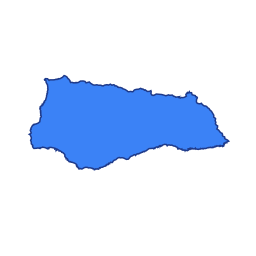 Sao Joao Baptista, Porto Novo, Cabo Verde (orthographic projection), rotated 26°
{"feature_id": "66160863B46579427106888", "entity_name": "Sao Joao Baptista", "entity_type": "district", "adm_level": 2, "iso_a3": "CPV", "parent_name": "Cabo Verde", "parent_adm1": "Porto Novo", "projection": "orthographic", "projection_center": [-25.144, 17.011], "detail": "fine", "context": "isolated", "style": "filled", "palette": "blue", "viewbox_px": 256, "rotation_deg": 26, "n_neighbors": 0, "source": "geoboundaries", "source_scale": "gbopen_adm2", "svg_char_len": 5856}
<svg xmlns="http://www.w3.org/2000/svg" viewBox="0 0 256 256"><g transform="rotate(26 128 128)"><path d="M171.1,70.0L169.6,68.4L168.0,69.2L167.2,68.5L167.0,69.9L166.3,70.1L166.2,70.5L165.8,70.2L165.4,71.9L165.4,72.7L166.5,73.8L165.3,75.6L164.0,76.7L162.7,77.1L161.8,78.2L160.8,78.1L160.2,78.4L160.0,78.0L160.2,77.5L157.4,79.4L156.7,79.2L155.2,79.3L155.1,79.5L153.4,79.0L151.0,80.4L150.0,80.4L147.9,82.4L143.7,83.1L138.5,85.1L136.9,87.4L136.1,87.5L136.0,87.8L134.9,87.9L133.4,86.9L133.0,85.3L132.2,84.4L131.2,85.7L129.3,86.7L127.3,86.3L126.7,86.6L126.5,86.3L126.0,86.7L124.2,86.4L123.5,86.9L122.0,86.8L120.1,88.9L119.3,89.1L117.5,90.5L116.9,91.5L116.6,93.0L116.1,93.5L114.3,94.0L112.8,95.1L111.6,95.3L111.1,95.0L108.6,94.7L106.0,95.0L105.6,94.7L103.4,94.9L101.7,95.7L101.0,95.8L100.8,95.4L98.9,95.3L97.8,95.9L97.5,95.5L96.7,95.3L95.8,95.6L94.8,96.6L93.0,96.3L91.6,98.0L90.1,98.3L88.1,99.8L87.2,101.1L85.7,101.5L84.9,101.4L82.8,102.5L81.1,102.8L79.2,104.1L77.8,104.5L74.7,104.2L73.1,103.6L70.5,105.8L69.0,105.0L67.1,105.4L64.7,106.7L63.5,108.7L62.0,109.9L61.3,109.8L60.7,110.7L59.5,111.0L59.1,111.4L57.6,111.5L56.5,112.3L55.5,111.6L55.2,111.0L53.0,109.9L52.4,110.0L51.0,109.0L49.1,108.7L47.6,108.9L46.8,111.4L46.1,112.1L45.7,113.0L44.4,114.1L44.0,114.1L43.8,114.7L42.9,115.0L42.9,115.5L41.6,116.0L41.3,116.5L39.9,117.4L36.5,119.1L36.2,119.8L34.1,119.0L32.2,119.8L31.7,121.0L32.1,121.5L32.8,121.1L33.4,121.4L34.5,123.0L36.2,124.2L36.5,124.2L38.6,127.4L38.6,128.0L39.2,128.4L39.6,130.8L40.3,131.6L40.0,132.4L40.5,132.8L40.5,134.2L41.1,135.6L41.7,139.4L41.1,140.4L41.2,142.1L41.5,142.1L41.0,143.1L41.2,143.7L41.0,143.9L40.6,143.5L41.2,144.2L40.5,144.4L41.0,145.6L40.4,146.0L39.8,147.6L40.4,148.0L40.2,148.7L40.7,148.8L40.6,149.6L42.1,150.9L42.2,151.9L42.7,152.0L42.9,153.0L43.6,153.6L43.9,154.9L44.6,155.1L45.1,155.9L44.8,157.3L46.0,161.1L45.1,163.0L43.3,165.0L42.6,165.3L42.4,165.9L41.7,166.1L41.6,166.9L41.1,167.3L40.9,170.3L40.9,170.9L41.4,171.5L41.1,171.9L41.3,172.2L41.2,172.9L43.1,174.8L43.1,175.4L42.1,176.9L42.9,176.9L45.3,178.9L46.0,180.6L45.8,181.0L46.0,182.0L47.0,182.7L48.0,184.6L49.9,185.3L50.0,185.9L50.3,186.0L50.5,186.6L51.3,187.2L52.4,187.6L54.7,186.3L55.8,185.4L57.7,185.0L57.7,184.4L58.0,184.5L58.0,184.2L59.2,183.3L59.5,182.7L62.1,182.0L64.2,181.9L64.5,181.5L64.7,181.8L65.0,181.2L65.7,181.5L65.9,181.3L65.7,180.1L67.2,179.2L70.3,178.4L71.1,178.4L71.3,178.8L71.5,178.5L71.7,178.8L72.4,178.2L73.1,178.3L73.1,178.8L73.4,178.5L73.5,179.0L73.6,178.7L73.9,178.9L74.3,178.2L75.1,178.2L75.7,178.3L76.2,178.9L76.6,178.5L77.3,178.3L79.1,178.6L79.2,178.9L80.5,178.7L82.5,179.4L83.0,179.8L83.6,181.1L84.6,181.8L85.6,182.0L85.8,182.8L87.1,182.3L87.6,182.7L87.5,183.4L88.6,183.5L90.0,184.1L90.4,183.8L90.7,184.1L90.6,184.3L91.2,183.5L92.1,183.6L92.7,183.3L95.6,183.0L97.6,183.3L98.0,183.5L98.0,184.1L98.5,184.2L98.5,184.6L99.1,184.7L98.9,185.0L99.1,185.2L101.2,185.5L101.2,186.0L101.6,186.3L102.6,185.9L103.2,185.2L104.2,185.2L104.7,184.9L106.1,182.8L107.3,181.8L109.1,181.1L109.8,181.3L111.3,180.4L113.6,179.9L113.9,180.1L114.1,179.8L115.1,179.7L115.8,180.3L116.4,180.1L116.8,179.0L117.6,178.8L118.2,178.1L119.0,178.2L119.7,177.8L119.8,176.2L120.5,176.1L120.4,175.9L120.8,175.4L122.4,174.3L123.3,172.9L124.2,172.4L124.3,171.6L124.9,171.3L124.7,170.7L125.3,170.3L125.2,169.8L126.1,169.6L126.1,168.8L126.4,168.9L126.5,168.3L126.8,168.2L126.6,168.0L127.0,167.9L127.4,166.4L128.8,166.1L129.1,165.7L129.1,164.7L129.7,163.0L130.9,161.9L131.7,159.9L132.5,158.8L133.4,158.2L134.0,158.3L135.8,157.2L137.3,156.9L140.3,156.9L142.0,155.8L142.8,152.5L144.3,150.9L145.2,149.3L145.8,149.0L146.8,149.4L147.2,147.7L148.0,146.9L148.3,147.0L148.3,146.7L149.6,145.9L149.9,145.0L150.4,144.8L151.2,143.6L151.6,143.5L152.0,142.4L152.5,142.4L153.1,141.7L153.3,141.8L153.4,141.3L154.2,140.7L155.9,137.3L159.4,135.3L160.1,135.4L160.1,135.0L160.4,134.4L161.1,134.6L161.3,133.4L162.2,132.3L163.0,132.1L163.1,132.3L163.5,131.6L164.0,131.7L163.7,131.1L164.0,130.4L164.3,130.4L164.2,130.2L164.4,129.8L164.9,129.6L165.3,129.9L165.3,129.6L165.7,129.5L165.8,129.7L166.0,129.4L166.2,129.7L166.1,128.9L166.5,128.7L166.7,128.0L168.0,126.7L169.8,126.0L171.0,126.8L171.2,126.1L172.1,125.3L174.1,124.7L174.9,124.1L175.8,124.2L177.3,124.1L178.5,123.6L179.4,123.9L180.5,123.7L181.1,124.2L182.3,124.1L181.7,125.5L183.1,124.0L184.4,124.0L185.2,123.6L185.6,123.8L185.7,123.5L186.0,123.9L186.9,123.9L187.3,123.5L187.9,123.5L188.8,122.9L189.2,123.3L189.2,123.0L190.9,122.4L191.2,121.9L191.5,122.1L192.0,121.3L191.7,121.2L191.9,120.5L192.3,120.3L191.7,120.1L192.1,119.9L192.5,119.0L193.2,118.6L193.7,118.9L193.9,118.7L194.0,119.2L195.0,118.1L195.3,118.1L195.3,118.4L196.9,117.7L197.2,117.0L197.6,117.2L197.6,116.7L198.2,117.1L200.6,116.4L201.2,115.7L201.9,115.5L202.4,115.0L202.4,114.6L202.8,114.7L203.9,113.8L204.3,114.0L205.1,113.6L205.1,113.1L206.8,112.4L208.7,110.4L209.0,110.5L209.7,109.8L210.3,109.7L210.5,109.2L212.1,108.9L212.3,108.3L213.0,108.3L213.1,107.8L214.2,107.1L214.2,106.7L214.5,106.8L215.0,106.3L214.8,106.1L215.1,106.0L215.2,105.6L215.7,105.5L215.8,105.0L216.2,105.1L217.8,104.1L218.0,104.3L218.3,103.5L218.5,103.7L218.9,103.5L219.1,103.9L220.4,102.7L220.9,103.1L221.0,102.8L221.5,102.8L221.8,102.4L221.3,102.1L221.4,101.1L221.8,100.9L221.0,99.9L221.4,99.7L221.2,99.5L221.6,98.9L222.4,98.7L222.4,97.8L223.2,97.8L223.0,97.2L224.3,95.7L222.7,95.2L220.2,95.2L219.5,95.0L219.0,93.8L218.6,93.6L217.2,93.8L216.2,93.4L215.7,92.2L214.8,91.5L214.3,91.7L212.6,91.3L210.4,90.2L208.3,89.9L208.2,88.3L207.6,86.8L206.2,86.7L204.7,85.9L204.5,84.4L203.1,83.2L202.7,81.3L202.3,81.0L200.3,80.7L199.5,78.9L195.7,76.4L193.7,75.9L192.3,75.0L190.7,74.9L189.4,74.2L188.1,74.2L187.4,74.6L186.0,74.7L183.7,74.0L183.2,73.6L181.8,74.9L179.6,75.4L178.5,75.0L177.8,74.1L177.1,72.3L177.1,70.5L176.7,70.1L176.0,69.9L175.2,70.2L174.3,69.4L171.1,70.0Z" fill="#3b82f6" stroke="#1e3a8a" stroke-width="1.5"/></g></svg>